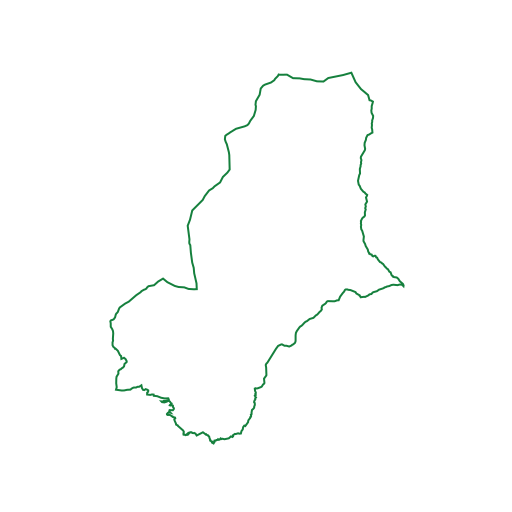 the district of Albestii De Muscel, Arges, Romania, rotated 48°
{"feature_id": "2599482B98216268157036", "entity_name": "Albestii De Muscel", "entity_type": "district", "adm_level": 2, "iso_a3": "ROU", "parent_name": "Romania", "parent_adm1": "Arges", "projection": "orthographic", "projection_center": [24.987, 45.368], "detail": "fine", "context": "isolated", "style": "outline", "palette": "green", "viewbox_px": 512, "rotation_deg": 48, "n_neighbors": 0, "source": "geoboundaries", "source_scale": "gbopen_adm2", "svg_char_len": 6133}
<svg xmlns="http://www.w3.org/2000/svg" viewBox="0 0 512 512"><g transform="rotate(48 256 256)"><path d="M340.4,429.3L341.4,428.3L341.9,428.3L342.2,427.6L342.8,427.0L343.0,426.5L342.5,426.2L343.2,425.6L342.9,425.0L342.5,424.7L342.2,424.8L342.2,424.6L343.0,424.5L342.9,422.9L343.3,422.7L343.4,422.3L343.9,421.8L344.9,421.8L346.2,420.6L346.2,420.3L347.5,419.8L349.7,420.2L351.5,413.4L354.6,412.8L355.0,412.4L355.3,412.7L357.3,411.6L358.0,411.9L358.8,411.6L360.4,412.5L361.9,412.9L362.0,413.3L362.7,413.6L364.5,412.8L364.5,413.1L365.1,413.6L366.9,413.0L366.4,411.2L365.4,410.4L365.5,410.2L366.3,409.4L366.2,408.6L367.5,406.9L367.1,406.6L367.9,406.2L368.1,405.6L367.9,404.5L368.7,404.5L369.0,404.1L369.0,403.5L371.1,402.0L373.3,398.2L373.3,395.3L374.7,394.7L374.7,393.7L373.8,393.1L374.1,390.7L374.7,390.3L375.8,387.9L376.8,387.4L377.8,386.0L376.4,384.0L376.0,381.9L374.6,380.1L374.2,378.2L374.4,377.9L375.2,377.7L374.2,373.1L373.3,372.1L372.9,371.2L372.5,368.8L371.9,368.2L372.1,367.5L371.6,366.6L370.5,366.0L370.5,365.0L369.5,364.2L367.8,362.1L367.7,361.7L367.8,360.3L367.5,358.9L366.7,358.1L365.9,356.5L364.4,355.3L363.5,355.3L362.9,354.7L362.3,353.5L362.2,352.6L361.4,352.0L361.1,350.7L360.5,350.8L360.1,350.5L359.0,350.4L358.8,349.6L359.0,349.1L358.0,348.8L357.9,348.1L357.3,347.5L355.5,346.9L353.7,345.6L353.9,345.0L354.2,345.0L355.4,343.4L356.7,340.1L356.9,339.1L356.2,336.7L356.3,335.4L356.0,334.7L352.5,332.1L351.7,328.3L351.4,327.9L345.7,323.1L343.5,321.7L342.9,320.3L342.9,319.0L338.3,303.1L337.6,299.7L338.6,296.4L339.1,295.8L341.7,294.9L343.1,293.4L345.5,291.9L346.3,289.4L346.2,288.5L346.6,287.4L346.6,285.0L345.7,283.5L341.3,279.5L339.8,277.7L339.1,275.9L338.1,271.5L338.0,270.1L338.3,269.1L338.3,267.7L338.0,264.8L338.0,263.2L338.5,261.8L338.7,258.3L340.4,254.7L340.2,251.2L340.5,249.9L340.4,248.4L340.1,246.2L340.2,244.8L339.8,242.9L338.3,241.9L337.3,240.0L337.8,236.5L337.8,235.7L337.3,233.9L337.6,232.8L342.0,228.2L342.6,227.1L343.1,225.6L344.2,224.2L342.5,220.7L341.6,216.3L341.4,214.3L340.8,212.8L340.8,211.9L341.8,210.6L342.8,210.1L344.5,208.6L349.4,206.2L351.0,206.5L354.6,205.3L354.9,205.6L356.0,205.5L356.7,205.8L358.7,202.9L359.4,202.4L360.4,199.1L360.5,197.9L360.4,197.8L360.7,196.8L361.5,195.7L361.2,193.8L361.5,192.8L363.1,189.6L363.3,187.2L365.0,183.4L365.4,182.2L365.3,181.6L366.0,180.3L366.3,179.1L367.5,177.1L368.2,174.8L369.2,173.2L372.4,170.3L373.3,168.4L375.0,166.7L377.1,166.6L376.6,166.0L375.0,165.5L371.0,166.0L368.1,165.5L366.1,165.8L364.1,167.5L363.2,168.0L362.8,167.7L362.3,168.0L360.8,168.0L358.2,166.9L356.9,167.4L354.1,166.8L352.8,167.2L351.1,167.1L350.2,167.3L347.0,166.9L345.8,167.3L344.9,167.2L343.5,167.9L340.0,167.7L338.3,167.1L337.5,167.6L335.8,167.1L335.1,167.8L334.7,169.2L333.9,169.5L332.3,169.1L331.3,169.9L330.1,170.3L330.0,169.9L327.9,169.7L326.0,168.6L322.0,167.8L320.1,166.9L317.0,166.2L316.1,165.5L313.7,162.8L308.3,160.2L306.6,159.9L304.4,158.4L303.3,157.0L302.1,156.4L301.0,155.1L300.2,154.7L299.1,151.9L299.0,150.6L299.2,149.2L298.8,147.9L296.4,145.9L294.8,143.3L293.5,142.8L292.7,141.3L290.8,140.2L289.9,137.1L286.1,135.1L285.5,133.3L285.0,132.5L282.7,132.9L281.6,132.7L280.1,133.2L276.2,133.1L273.2,132.0L271.7,131.9L268.4,129.9L265.0,125.2L264.3,123.5L260.8,120.6L259.3,118.2L258.4,117.4L257.7,116.0L256.6,115.3L255.3,113.5L253.3,112.6L252.4,111.5L250.2,104.3L249.4,103.2L246.3,101.3L244.6,99.5L243.2,96.6L241.9,95.1L240.8,92.2L241.5,90.5L241.7,88.9L242.2,86.9L239.7,85.0L238.1,84.2L236.2,82.1L235.0,81.3L234.1,79.9L233.0,79.0L231.8,76.8L230.3,75.2L226.9,74.3L225.0,72.9L223.9,71.4L222.0,69.7L220.3,66.9L219.5,65.8L217.2,66.6L216.2,67.4L211.4,65.0L202.2,66.3L193.5,65.7L183.6,62.5L179.8,70.2L172.1,83.2L171.5,89.1L167.0,93.8L161.3,97.4L156.7,102.0L153.2,104.7L148.6,109.5L142.0,111.6L137.1,117.2L136.3,117.7L136.9,119.4L137.1,123.2L137.6,124.8L137.1,128.8L134.7,134.5L134.2,136.7L134.7,140.4L138.6,145.4L140.9,152.5L143.3,155.2L144.6,155.8L147.2,158.5L150.5,163.9L151.7,169.8L152.8,172.7L153.0,174.8L152.1,177.6L148.1,185.7L146.9,192.2L146.7,194.1L146.2,196.9L146.2,198.5L148.4,201.0L150.8,202.1L153.4,202.9L160.7,206.7L163.1,208.3L174.1,217.7L174.9,221.5L175.1,227.7L177.3,233.5L176.5,240.2L176.7,242.8L175.9,247.0L177.2,254.0L178.7,258.1L179.5,272.9L184.9,280.8L187.8,286.5L199.1,294.3L201.0,296.3L202.2,297.2L204.0,297.6L210.0,302.2L218.2,307.8L223.1,310.2L227.5,313.5L236.5,318.5L241.0,322.2L239.2,324.4L235.3,328.2L231.3,330.3L227.2,334.3L223.9,336.4L216.1,339.4L210.6,340.2L209.5,345.8L209.5,351.3L206.5,356.1L206.5,358.2L206.9,359.3L206.5,361.0L206.1,361.8L205.5,364.7L205.7,366.0L205.0,371.2L204.8,381.1L203.8,385.1L203.1,391.7L203.5,393.0L205.1,396.1L205.3,397.2L205.3,398.3L205.7,399.4L207.3,401.8L207.8,404.1L207.5,405.3L206.8,406.7L207.0,407.9L208.8,409.0L211.4,411.3L214.2,411.8L216.1,412.5L218.0,413.9L221.8,417.8L223.3,418.9L224.2,420.4L226.3,422.3L228.0,422.8L230.2,422.5L230.7,422.8L231.2,422.3L234.0,422.1L238.6,423.4L240.1,423.2L242.4,424.9L243.3,422.2L245.3,421.9L247.7,422.5L248.3,423.2L248.2,425.9L249.7,427.9L249.9,429.4L249.6,431.0L249.7,432.2L249.2,433.5L249.5,435.5L251.4,437.0L252.4,440.4L253.6,441.8L257.1,445.1L260.3,447.3L261.7,449.5L266.1,445.8L267.6,444.1L269.2,441.3L271.3,438.7L271.3,437.2L271.8,435.1L273.5,433.1L273.9,431.6L275.0,430.3L275.4,427.7L277.8,429.1L279.9,429.5L280.9,428.7L281.1,427.1L282.8,426.2L283.8,426.0L284.7,427.0L284.7,428.3L286.1,429.6L288.5,427.5L289.3,425.9L290.5,424.8L291.5,425.5L294.1,423.2L297.8,421.4L300.7,419.2L303.1,416.4L304.6,417.0L304.8,417.5L302.9,420.6L301.9,421.6L301.8,422.7L300.8,423.6L301.7,423.6L303.5,422.1L304.5,419.9L304.8,418.5L305.5,417.6L306.7,417.4L308.1,417.7L309.2,417.4L309.8,418.0L309.1,419.8L309.2,420.0L310.0,419.5L310.6,418.5L311.6,417.9L312.6,418.7L314.2,418.9L314.7,419.4L315.0,421.0L312.7,423.3L313.3,424.4L315.2,424.4L314.1,425.1L314.1,425.6L313.6,426.3L313.8,427.9L314.2,428.2L314.9,428.1L316.2,426.6L317.1,426.1L318.9,425.7L319.3,425.4L319.8,425.6L321.9,424.3L322.6,424.6L322.7,426.0L323.8,426.6L327.2,427.7L327.8,428.2L329.6,427.5L330.0,427.7L337.0,426.9L338.4,427.3L339.1,428.4L339.3,428.6L339.4,428.4L340.4,429.3Z" fill="none" stroke="#15803d" stroke-width="2"/></g></svg>